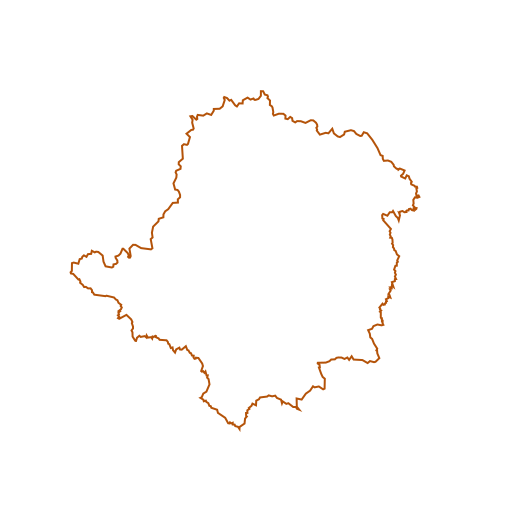 San Sebastián del Oeste, Jalisco, Mexico, rotated 335°
{"feature_id": "50627088B9683107212546", "entity_name": "San Sebastián del Oeste", "entity_type": "district", "adm_level": 2, "iso_a3": "MEX", "parent_name": "Mexico", "parent_adm1": "Jalisco", "projection": "equal_earth", "projection_center": [-104.835, 20.855], "detail": "fine", "context": "isolated", "style": "outline", "palette": "amber", "viewbox_px": 512, "rotation_deg": 335, "n_neighbors": 0, "source": "geoboundaries", "source_scale": "gbopen_adm2", "svg_char_len": 6141}
<svg xmlns="http://www.w3.org/2000/svg" viewBox="0 0 512 512"><g transform="rotate(335 256 256)"><path d="M408.6,191.8L406.0,189.4L402.6,191.7L401.2,191.3L398.5,187.8L397.6,184.2L395.2,182.1L389.0,180.9L387.2,183.1L382.4,183.7L380.6,182.2L378.4,177.8L378.9,172.9L373.5,175.4L371.2,173.8L365.2,173.0L364.1,168.0L364.8,167.3L364.9,165.3L366.3,164.6L366.9,162.8L366.7,160.5L365.2,157.3L363.0,156.1L357.1,156.3L353.6,152.8L350.2,151.1L348.0,151.5L346.2,148.9L347.0,146.3L345.8,144.4L342.6,145.4L340.7,143.9L342.1,141.2L340.9,138.7L336.9,136.7L331.5,136.2L331.4,134.3L332.5,132.9L333.7,128.4L333.6,127.0L332.4,125.0L334.4,121.0L333.1,117.7L334.2,116.6L334.3,115.2L332.2,113.4L332.1,109.7L330.1,108.7L328.1,112.9L324.6,114.7L321.5,114.3L320.6,113.8L320.3,112.2L317.1,111.9L315.3,108.9L309.9,109.3L308.3,112.1L305.2,110.5L301.9,112.4L300.8,110.6L299.5,104.0L297.6,104.0L296.5,100.6L294.4,98.5L293.6,99.1L293.6,101.4L289.0,106.3L285.3,107.2L279.9,104.9L279.1,106.5L275.0,109.2L271.7,106.0L267.5,106.5L262.8,103.5L261.4,104.8L260.7,107.0L259.5,107.2L257.5,102.2L255.6,101.7L256.1,105.7L254.5,108.2L253.4,114.1L252.3,114.9L250.6,114.4L244.7,115.8L246.4,120.3L241.7,125.7L240.4,126.1L237.9,124.2L235.5,124.9L230.8,136.9L225.7,138.3L224.7,140.2L225.7,142.9L224.4,145.1L219.7,145.0L218.5,146.2L218.5,148.6L216.9,151.3L211.9,155.3L210.8,161.6L212.8,163.0L213.3,165.0L213.0,168.6L212.0,170.7L209.1,171.6L207.8,174.6L203.0,172.7L196.2,176.5L192.6,177.1L189.7,179.2L188.4,181.8L183.6,181.2L182.2,183.4L175.2,185.9L171.5,190.9L170.1,195.5L167.7,196.2L165.4,205.2L163.6,205.6L155.2,200.3L151.5,195.0L149.3,193.9L144.4,195.8L142.4,203.1L141.2,204.2L140.2,203.9L139.7,202.7L140.9,201.8L141.0,199.2L138.8,193.3L138.1,193.0L134.1,196.6L131.5,197.5L128.4,197.1L128.0,198.3L128.4,201.5L127.7,203.4L125.9,204.0L123.3,203.4L122.1,205.4L120.5,205.5L115.3,201.8L115.4,196.7L117.2,190.8L114.8,185.7L112.9,184.5L111.4,184.6L109.4,181.9L107.5,184.4L104.5,183.3L102.0,185.1L100.3,182.7L98.3,183.3L97.0,184.7L94.9,184.3L91.7,187.9L88.0,184.9L86.2,184.7L82.8,191.7L81.1,192.4L80.9,193.6L82.8,195.0L85.1,202.3L86.1,202.4L86.1,204.9L85.3,205.9L86.8,209.0L87.1,211.5L88.8,212.1L90.1,214.4L92.4,215.4L92.9,217.7L92.1,219.5L92.8,220.1L93.1,222.7L102.6,228.8L103.7,228.8L109.8,233.6L110.6,236.2L111.7,237.5L111.6,240.3L113.2,243.3L112.2,244.1L112.6,245.9L111.1,247.2L108.4,247.8L109.2,248.7L107.3,249.3L107.1,251.2L105.8,251.4L106.3,253.3L104.7,254.0L105.5,255.1L113.7,254.6L116.1,260.7L116.1,263.6L115.1,264.4L114.7,268.0L113.9,269.7L111.7,270.9L111.8,272.9L110.1,276.9L110.7,281.5L111.2,281.9L110.8,282.9L113.6,279.8L116.6,279.0L117.3,280.6L121.3,281.6L122.2,283.5L123.3,281.9L123.6,284.3L126.6,285.2L127.0,287.0L128.3,285.3L129.1,286.1L131.1,285.8L131.5,286.3L130.9,287.2L132.9,289.5L133.2,291.2L139.3,294.6L139.8,296.6L139.4,298.4L140.2,299.3L139.9,303.4L141.7,303.6L141.0,306.2L141.8,309.3L144.2,306.9L147.8,306.7L147.6,308.6L149.1,309.5L154.3,308.1L154.0,312.1L154.9,313.0L155.1,315.8L156.0,316.6L155.9,319.1L157.4,320.0L156.5,321.5L156.8,323.2L158.0,323.5L158.6,322.8L160.7,324.1L161.8,330.7L161.4,333.3L157.7,337.1L158.1,338.0L159.4,338.0L159.9,340.1L161.4,339.3L160.7,343.3L161.8,343.8L160.3,345.6L161.0,347.5L159.6,352.7L153.7,358.0L150.1,358.4L147.1,361.1L145.7,361.1L147.6,364.0L147.3,365.6L149.4,365.9L149.3,367.2L150.6,369.2L150.4,372.1L151.5,372.9L151.4,374.7L155.8,378.9L155.2,382.1L159.7,389.6L160.1,395.8L161.1,396.5L162.1,395.8L162.7,397.2L164.4,397.3L163.7,398.9L165.4,399.8L165.3,401.4L167.5,403.2L167.9,405.8L168.8,404.0L174.8,403.0L177.4,398.7L179.8,397.6L179.4,397.0L180.6,394.1L181.9,394.6L182.9,392.2L185.4,391.8L185.3,390.7L188.6,389.9L190.4,388.3L192.9,391.3L195.1,387.2L198.1,387.1L199.9,385.9L206.7,388.1L208.6,387.7L211.3,390.0L214.4,390.7L215.0,393.5L218.0,396.8L217.3,400.5L218.8,399.1L221.0,402.8L223.1,403.1L225.9,408.6L228.4,409.7L228.5,411.7L230.2,413.5L229.3,409.8L232.6,402.3L236.7,405.4L243.0,401.8L248.1,400.9L252.6,398.2L253.6,399.8L257.8,400.8L260.5,405.2L262.1,405.2L266.5,396.3L265.3,393.8L265.3,390.4L265.9,383.7L266.8,383.9L267.6,381.5L266.5,379.5L266.9,378.9L274.2,382.1L278.1,382.4L280.4,381.6L283.8,383.0L285.9,382.3L287.8,382.8L290.6,384.2L292.7,386.7L295.9,386.6L296.5,389.5L300.3,387.3L300.7,391.1L308.5,395.3L311.9,400.2L314.9,399.4L318.1,402.1L319.6,402.4L324.6,400.7L324.8,395.5L325.8,392.8L325.3,392.4L326.7,391.2L325.9,385.2L326.2,380.2L325.2,378.1L326.3,374.5L326.3,370.6L330.4,371.0L332.8,369.2L337.1,369.4L340.5,371.9L342.3,372.2L342.3,370.5L343.3,368.4L342.6,368.3L343.7,365.8L343.2,365.7L343.1,364.5L345.3,359.8L344.8,358.9L346.4,358.3L345.7,357.0L346.3,356.3L346.0,354.9L350.5,352.7L350.8,354.1L352.3,354.4L352.7,353.5L354.1,353.4L354.6,352.1L355.5,352.2L355.5,350.1L358.1,350.1L358.7,348.7L360.2,350.4L360.5,347.7L359.9,346.5L363.4,344.3L363.3,342.6L365.0,342.8L364.4,341.1L366.0,341.5L366.7,340.2L367.5,341.9L368.1,337.1L371.2,337.5L372.1,335.7L373.2,336.1L373.2,333.3L374.9,332.0L374.8,329.9L376.0,328.6L375.4,326.7L378.2,323.8L379.5,324.3L380.9,321.4L382.1,321.2L382.1,319.7L385.7,316.7L384.4,314.1L384.7,310.4L383.8,309.1L384.3,307.4L383.8,305.9L384.9,304.1L384.5,302.3L385.4,301.8L386.6,298.8L386.8,297.0L385.4,296.1L386.4,295.2L386.3,293.2L387.7,291.8L387.6,290.0L389.7,288.5L386.4,277.4L387.3,276.4L386.4,275.4L387.6,272.3L389.0,271.6L392.1,275.0L395.7,272.9L397.9,273.9L399.2,273.1L399.6,278.9L400.6,281.5L400.4,284.1L403.7,279.9L403.9,277.3L404.3,277.8L405.0,276.7L407.7,277.1L409.1,279.1L410.9,279.7L411.1,278.8L412.1,278.5L413.5,279.2L414.4,278.1L416.0,278.4L416.7,280.3L418.2,281.5L418.9,279.3L420.2,279.2L420.2,281.3L421.3,281.0L421.7,280.4L420.7,280.0L419.6,276.4L421.0,275.1L422.3,271.6L424.9,270.0L426.8,271.4L429.0,271.5L428.9,269.8L426.9,269.2L427.5,266.9L429.1,265.5L429.9,262.6L430.9,262.5L431.1,261.2L429.5,260.4L429.3,259.3L427.0,256.7L427.3,255.3L428.5,254.6L427.8,250.8L428.2,248.4L426.7,246.6L424.0,248.8L421.1,245.3L421.3,244.5L424.1,243.7L426.8,241.3L423.3,237.5L421.4,238.0L421.4,237.0L420.3,236.4L418.9,233.0L419.3,231.5L418.4,227.8L415.9,225.2L412.1,223.8L412.0,221.5L413.1,218.8L411.5,217.2L411.7,209.6L410.5,199.8L408.6,191.8Z" fill="none" stroke="#b45309" stroke-width="2"/></g></svg>